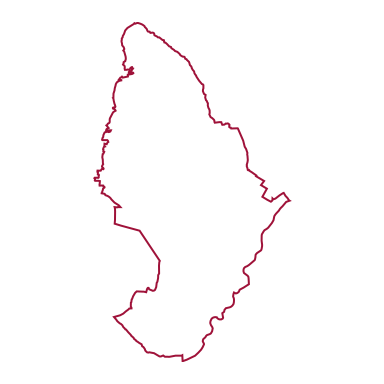 the district of Turcinesti, Gorj, Romania
{"feature_id": "2599482B27563461081915", "entity_name": "Turcinesti", "entity_type": "district", "adm_level": 2, "iso_a3": "ROU", "parent_name": "Romania", "parent_adm1": "Gorj", "projection": "orthographic", "projection_center": [23.294, 45.122], "detail": "fine", "context": "isolated", "style": "outline", "palette": "rose", "viewbox_px": 384, "rotation_deg": 0, "n_neighbors": 0, "source": "geoboundaries", "source_scale": "gbopen_adm2", "svg_char_len": 5969}
<svg xmlns="http://www.w3.org/2000/svg" viewBox="0 0 384 384"><path d="M248.9,284.2L248.6,278.5L248.4,276.9L247.7,275.8L244.0,273.0L243.5,271.4L243.5,270.2L243.6,269.3L244.0,268.2L245.2,267.0L247.3,266.1L249.2,264.8L254.7,260.1L255.0,259.3L255.4,257.4L255.6,254.9L256.0,254.2L257.1,253.0L260.7,250.6L261.2,250.1L261.6,249.0L262.1,246.1L262.1,244.6L261.6,240.7L261.7,235.4L261.9,234.3L263.6,231.4L264.5,230.2L266.7,228.9L268.2,227.7L271.9,223.0L273.5,220.2L274.3,216.2L274.9,215.2L276.0,213.7L278.9,210.6L279.8,209.1L280.9,207.8L282.4,206.4L286.2,201.9L289.6,200.7L289.0,200.3L287.4,197.9L285.5,195.9L283.7,192.9L282.9,193.2L279.5,195.4L275.4,198.6L273.7,199.2L273.1,199.0L272.5,198.4L272.4,200.3L271.9,200.9L270.9,201.7L267.3,199.8L262.4,196.8L266.9,188.7L261.0,185.1L264.1,181.0L256.0,176.2L256.4,175.5L251.6,172.1L249.9,171.1L249.0,170.0L248.3,170.3L247.8,170.0L247.4,168.0L246.8,166.5L246.9,165.5L246.7,165.0L247.5,162.1L247.8,160.1L247.5,156.0L247.2,154.4L247.4,152.9L246.1,149.0L244.7,146.7L243.2,140.7L237.9,128.5L237.7,128.3L231.2,128.5L230.8,127.7L229.8,127.5L229.3,127.1L229.2,125.8L229.5,125.2L229.5,124.8L228.7,123.9L227.8,123.4L226.7,123.7L225.9,123.5L224.4,124.6L222.3,124.8L221.6,123.2L221.3,122.2L219.6,122.1L214.8,122.7L214.5,122.1L214.3,120.4L213.9,119.7L212.2,118.1L210.6,117.1L209.3,114.3L209.7,113.1L209.6,110.4L209.2,109.2L208.4,107.8L207.8,105.5L207.9,103.2L207.4,102.6L206.8,101.0L206.0,100.2L205.2,97.5L205.6,94.9L204.0,93.9L202.9,91.1L203.0,89.5L203.4,88.3L203.4,85.1L202.9,84.4L202.0,84.1L201.7,83.8L199.1,80.7L196.6,76.9L196.1,75.9L196.1,75.5L195.2,74.5L194.4,73.1L194.1,71.4L192.7,69.8L191.8,68.2L191.8,67.9L191.3,66.5L189.9,65.0L189.2,62.4L188.9,61.8L186.8,59.8L186.5,59.2L185.3,58.8L184.5,56.9L184.0,56.7L182.6,56.6L180.8,55.5L180.3,55.1L179.7,54.0L177.4,51.9L175.0,51.0L174.0,49.9L171.4,48.2L171.0,47.0L169.1,46.3L167.1,44.1L165.4,42.6L164.4,42.5L163.9,41.1L164.0,40.6L163.8,40.1L162.5,40.0L159.3,37.4L158.0,37.4L157.0,36.5L154.5,35.3L154.3,34.9L154.2,33.7L153.6,32.9L152.6,32.6L150.4,32.9L149.6,31.7L148.5,31.7L147.8,31.4L147.2,30.3L146.8,29.1L145.5,27.6L144.9,27.1L144.4,26.0L142.4,24.6L140.6,23.8L138.1,23.0L137.1,23.0L135.2,23.7L134.4,23.2L133.8,24.0L127.5,27.9L125.2,30.5L124.0,34.0L122.8,36.0L122.6,37.4L121.8,38.4L121.8,40.0L121.5,40.9L121.6,41.9L122.0,43.5L122.2,45.4L123.7,47.2L124.3,49.0L123.3,50.6L124.0,51.2L124.2,51.6L125.6,56.5L125.8,58.3L125.7,59.7L125.2,60.7L125.2,61.2L123.8,62.0L123.6,62.2L123.6,63.3L123.0,64.6L124.4,65.7L124.8,67.0L124.6,68.4L124.9,69.8L126.8,69.8L127.7,69.5L129.1,69.7L130.0,69.0L130.5,67.9L131.7,67.1L132.1,67.1L132.4,68.3L133.0,68.5L132.7,69.0L132.0,69.3L131.7,70.8L129.4,71.4L128.8,72.1L128.8,72.7L129.3,72.9L133.2,72.8L133.3,73.3L132.0,74.0L127.8,74.7L127.9,76.5L122.8,77.6L122.0,76.7L121.5,77.3L120.4,77.6L118.9,79.6L121.3,80.1L121.3,80.4L119.3,80.8L117.1,82.1L116.5,82.9L115.8,84.2L115.5,85.8L114.8,88.1L114.5,90.4L113.5,93.6L113.4,97.6L113.0,97.9L113.4,98.4L113.7,100.5L114.5,103.9L115.0,105.0L115.4,106.7L115.1,107.2L113.1,107.6L112.9,107.8L112.9,108.3L113.3,108.8L114.1,108.7L115.3,110.0L115.6,110.7L113.4,112.0L112.8,112.8L109.9,118.4L109.7,119.4L109.7,122.0L109.3,122.9L107.8,123.7L107.3,124.8L106.4,125.4L108.6,128.0L106.7,129.0L106.1,130.2L106.1,130.5L107.1,130.8L109.6,130.3L110.9,130.3L110.4,131.4L109.8,131.8L108.8,132.1L106.9,131.6L106.0,132.1L105.3,132.1L104.6,132.5L103.4,135.1L103.2,137.0L102.6,137.8L102.4,138.7L102.1,139.4L102.2,140.0L102.4,140.1L107.3,140.1L108.0,140.9L108.3,142.0L107.5,142.5L106.7,144.2L104.5,143.7L104.4,145.7L105.0,146.5L104.0,146.8L103.2,148.6L103.1,149.5L103.5,149.9L103.3,151.2L103.3,151.5L104.2,151.9L103.3,153.8L102.7,154.1L102.3,157.2L102.8,159.9L102.9,163.4L103.2,164.1L102.2,165.7L102.0,166.5L102.0,166.8L103.4,168.2L103.6,168.8L103.3,169.2L102.3,168.9L101.7,169.1L100.7,170.7L97.5,170.6L97.4,171.5L98.0,171.5L97.8,174.4L98.7,174.6L99.0,175.1L98.7,176.0L98.7,177.5L98.4,177.8L94.8,177.7L94.6,177.8L94.4,178.2L95.1,178.8L94.8,180.4L95.1,180.8L98.4,180.8L99.9,181.1L99.7,183.6L99.5,184.4L99.6,185.6L103.1,185.5L103.3,185.6L103.4,186.5L104.4,186.9L104.5,187.5L103.1,188.6L102.7,190.4L102.2,191.6L102.1,192.7L101.6,193.1L101.6,193.3L104.5,193.8L105.1,194.4L105.4,195.2L107.5,195.9L109.0,196.8L110.3,197.9L111.4,199.4L114.5,202.6L118.8,205.3L120.4,207.1L117.5,207.1L117.1,207.4L114.6,207.1L115.0,208.8L115.1,211.4L115.0,219.9L114.7,223.7L120.9,225.6L139.6,230.7L159.8,260.9L159.3,262.1L159.0,265.6L159.1,273.5L158.2,275.1L158.1,278.1L157.4,281.7L156.7,282.9L156.2,287.1L155.0,289.9L154.0,290.6L152.8,290.8L149.2,289.3L148.6,287.9L148.1,287.8L147.7,288.0L147.0,289.2L146.2,292.2L143.9,291.7L136.7,291.4L135.1,292.9L133.1,296.3L132.1,299.0L131.7,299.4L131.3,302.2L130.9,302.6L130.8,306.4L131.5,307.8L131.5,308.4L129.3,308.5L128.5,309.4L125.8,311.4L123.3,313.6L120.1,315.3L114.0,317.0L116.3,319.7L117.3,321.2L119.7,323.3L121.0,324.0L122.3,325.2L123.4,327.2L124.5,328.2L125.4,329.4L126.0,329.5L128.3,332.3L130.8,334.9L131.2,335.7L133.6,337.8L134.0,338.8L135.9,340.3L136.4,341.1L137.4,341.6L139.3,343.0L141.6,344.3L142.2,346.3L143.3,346.9L144.0,347.8L144.9,349.2L145.3,350.6L147.0,352.3L148.3,352.6L149.3,352.3L154.1,353.2L159.3,356.3L160.0,356.5L161.0,356.4L163.2,355.5L164.8,356.7L169.5,356.8L175.4,355.7L181.4,355.7L182.3,355.2L182.6,361.0L183.1,361.0L186.8,359.7L195.1,355.7L198.3,352.7L201.1,349.7L202.6,347.3L204.0,344.3L203.9,343.6L202.8,341.5L202.9,340.2L203.3,339.1L205.3,337.3L206.3,335.7L207.0,335.1L209.8,334.1L210.9,333.4L212.1,331.3L212.7,328.4L212.3,327.2L210.9,325.0L210.3,323.3L210.3,322.3L210.6,320.8L211.7,318.6L213.3,317.5L215.1,317.1L216.8,317.3L217.3,318.2L218.6,319.1L219.7,319.4L221.2,319.4L222.6,318.7L223.1,317.8L222.3,313.2L224.1,311.8L224.5,309.9L225.9,308.2L229.8,307.3L231.1,306.7L232.4,305.6L233.5,304.0L233.9,302.1L234.0,299.8L233.8,298.2L233.2,296.8L233.1,296.3L233.5,293.9L234.0,292.5L235.6,293.4L236.5,293.3L237.5,292.9L238.8,291.8L239.7,289.7L243.6,287.6L248.9,284.2Z" fill="none" stroke="#9f1239" stroke-width="2"/></svg>